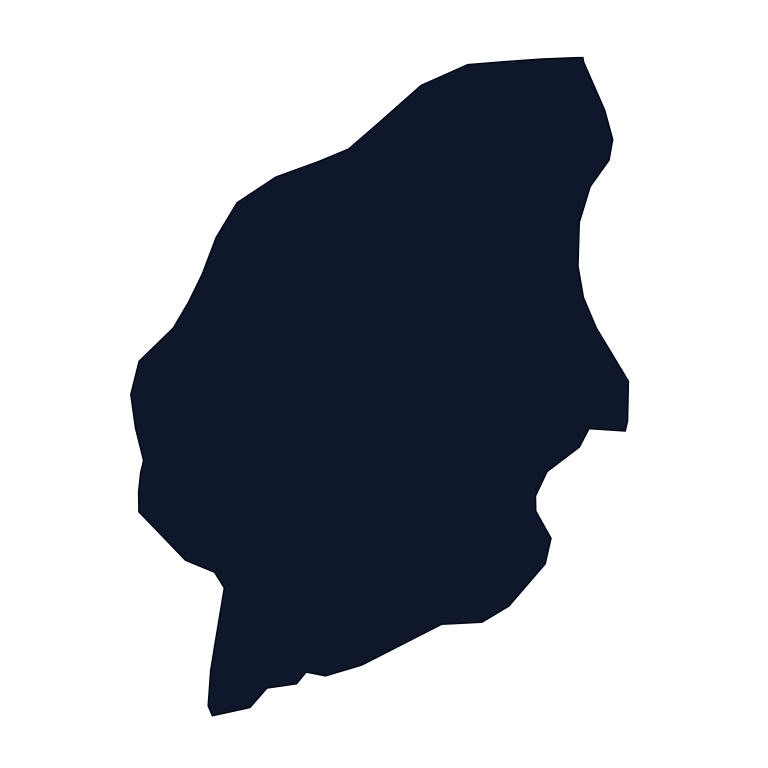 Kalima, Maniema, Democratic Republic of the Congo, rotated 172°
{"feature_id": "63176286B20601319898864", "entity_name": "Kalima", "entity_type": "district", "adm_level": 2, "iso_a3": "COD", "parent_name": "Democratic Republic of the Congo", "parent_adm1": "Maniema", "projection": "albers", "projection_center": [26.556, -2.511], "detail": "fine", "context": "isolated", "style": "filled", "palette": "ink", "viewbox_px": 768, "rotation_deg": 172, "n_neighbors": 0, "source": "geoboundaries", "source_scale": "gbopen_adm2", "svg_char_len": 957}
<svg xmlns="http://www.w3.org/2000/svg" viewBox="0 0 768 768"><g transform="rotate(172 384 384)"><path d="M141.6,679.5L148.1,680.4L183.1,683.9L218.1,686.3L256.7,688.6L305.7,674.5L350.1,645.1L386.3,621.6L417.8,613.4L462.2,604.0L504.2,584.0L529.9,552.3L548.6,518.2L566.1,492.3L584.8,468.8L623.3,440.6L636.2,408.8L636.2,374.8L632.7,341.8L637.3,330.1L642.0,311.3L644.5,291.5L633.7,276.7L606.9,239.6L605.1,237.1L578.0,221.2L570.5,204.3L587.1,151.5L595.5,124.4L602.9,89.7L600.1,79.4L561.8,82.3L542.3,99.2L522.0,99.3L512.4,99.3L501.2,109.6L482.5,103.1L471.0,104.9L445.2,108.8L360.4,138.1L346.4,136.8L320.2,134.5L291.3,146.7L249.4,183.5L241.1,205.4L240.1,207.9L251.4,237.0L249.6,252.0L234.7,274.6L199.3,294.4L196.3,298.6L187.2,311.3L151.7,303.9L148.0,313.3L141.6,352.7L166.0,410.0L174.5,441.9L175.5,473.8L168.1,517.1L166.7,520.0L152.3,550.9L130.0,574.4L123.5,594.2L127.3,624.2L141.5,674.9L141.6,679.5Z" fill="#0f172a" stroke="#020617" stroke-width="1.5"/></g></svg>